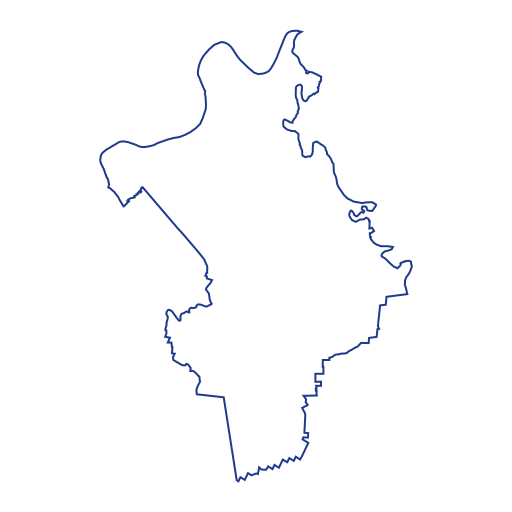 Chacaltianguis, Veracruz, Mexico
{"feature_id": "50627088B48878953618841", "entity_name": "Chacaltianguis", "entity_type": "district", "adm_level": 2, "iso_a3": "MEX", "parent_name": "Mexico", "parent_adm1": "Veracruz", "projection": "natural_earth1", "projection_center": [-95.805, 18.211], "detail": "fine", "context": "isolated", "style": "outline", "palette": "blue", "viewbox_px": 512, "rotation_deg": 0, "n_neighbors": 0, "source": "geoboundaries", "source_scale": "gbopen_adm2", "svg_char_len": 6015}
<svg xmlns="http://www.w3.org/2000/svg" viewBox="0 0 512 512"><path d="M236.7,480.2L238.4,481.3L240.4,477.2L244.8,479.9L248.0,473.1L251.5,475.3L256.2,473.5L257.9,474.0L259.2,467.4L261.3,469.4L262.3,469.7L266.3,469.7L268.1,466.4L272.5,469.1L274.5,465.0L278.9,467.7L282.8,459.6L287.3,462.2L289.3,458.1L293.8,460.9L295.8,456.7L300.1,459.5L302.4,455.3L308.3,442.9L302.6,439.4L303.3,437.3L307.9,437.6L308.2,433.1L304.4,432.8L305.3,415.4L305.0,413.3L302.2,407.9L307.6,405.1L307.4,404.3L305.7,402.3L306.1,399.3L303.6,395.8L316.8,395.5L316.5,392.8L316.6,390.8L316.0,390.9L315.7,389.3L315.8,388.5L316.6,388.3L316.2,385.8L321.0,385.8L321.0,381.7L315.4,381.8L315.4,373.8L323.4,373.8L323.4,366.8L322.7,366.8L322.8,360.0L329.4,360.0L329.3,357.8L332.4,356.9L333.3,356.0L335.9,354.5L339.1,354.3L341.3,353.6L344.8,353.5L347.2,352.8L348.5,351.4L350.7,350.3L355.4,347.5L357.4,346.7L361.1,342.9L368.6,343.1L369.1,337.9L376.6,336.9L377.5,329.1L379.1,328.9L377.9,326.1L380.1,305.4L385.8,304.7L386.5,296.8L407.3,294.1L405.8,287.6L404.9,285.1L405.0,282.2L404.9,280.9L406.1,277.5L408.0,275.0L409.9,271.9L411.8,266.7L411.7,265.2L411.2,264.3L411.0,261.7L409.0,260.8L407.1,261.0L406.4,260.9L404.6,261.7L404.4,261.4L401.6,262.8L401.1,262.7L400.4,263.4L400.8,264.3L400.3,265.5L397.6,268.2L396.9,268.2L395.9,267.4L394.4,267.0L393.4,266.3L389.7,263.0L386.6,259.8L384.4,258.0L382.3,256.9L381.4,255.7L381.9,254.1L383.7,252.2L385.1,251.3L387.5,250.8L391.6,249.3L392.9,247.0L387.7,246.2L380.8,246.2L376.0,244.3L373.5,242.5L370.8,238.9L370.2,237.4L370.8,237.0L370.0,236.0L369.8,233.2L370.9,233.1L374.0,231.1L372.1,227.8L369.4,228.5L369.7,221.2L369.2,221.3L369.0,220.1L368.4,218.9L366.2,217.7L364.1,219.2L359.6,219.7L356.4,221.6L355.5,221.7L352.1,220.2L349.6,216.5L349.3,215.3L349.2,214.3L349.7,212.5L350.8,210.6L351.9,210.9L353.0,212.2L354.0,213.9L354.2,215.0L356.6,216.4L358.0,215.5L360.7,212.4L361.8,212.2L363.5,212.7L364.3,211.1L363.8,210.6L362.9,210.4L361.8,209.1L361.8,207.9L362.4,206.6L362.9,206.4L366.0,206.7L366.6,207.6L367.0,209.7L368.1,210.6L372.2,211.0L375.5,206.3L376.1,205.2L375.7,204.2L372.0,202.2L365.8,202.4L362.4,203.1L353.7,201.6L349.7,199.5L348.0,198.9L344.0,195.1L338.6,187.2L337.8,185.5L337.1,183.8L336.7,180.5L336.0,177.2L333.9,172.4L333.5,163.9L332.8,163.2L330.6,158.3L328.9,155.9L326.9,154.0L327.0,152.5L325.7,149.5L325.2,147.6L324.6,146.9L323.0,145.5L321.5,144.7L316.9,141.5L313.6,142.6L313.2,143.1L312.9,146.0L312.7,150.5L312.9,151.4L312.0,154.5L310.2,156.6L308.5,156.3L305.4,157.2L304.3,156.5L303.0,156.1L302.6,155.7L302.3,154.4L302.1,150.2L300.9,148.0L300.4,145.5L299.7,144.8L299.8,143.1L298.4,139.4L298.4,133.9L296.8,132.5L295.7,131.9L295.3,131.2L290.6,130.8L289.8,130.3L287.8,129.8L286.4,129.0L283.8,126.9L283.3,125.5L283.2,124.1L283.2,121.6L283.7,120.2L284.7,119.4L288.4,121.2L289.9,122.3L292.5,122.7L292.5,121.5L294.2,118.8L295.5,117.6L296.7,114.5L297.9,113.1L297.7,111.5L298.9,108.8L298.2,104.6L297.7,103.3L297.2,100.0L296.0,97.6L295.7,95.4L295.9,87.8L296.3,86.7L297.3,85.6L298.4,85.0L300.2,84.6L300.7,84.8L301.7,85.8L302.0,87.2L301.8,91.1L301.4,92.7L302.1,97.3L302.5,98.8L303.3,100.1L304.4,101.0L305.1,101.2L306.4,100.8L308.8,97.3L308.8,96.9L309.4,96.3L311.3,95.6L313.7,93.6L314.5,94.2L316.4,92.4L317.0,92.2L317.5,92.3L318.0,91.7L318.4,88.7L318.3,88.0L317.8,87.7L318.4,87.0L318.4,86.6L319.1,85.6L319.0,84.5L319.3,83.6L320.2,82.3L319.8,81.7L320.6,81.4L321.1,80.0L321.0,77.4L321.2,76.7L315.8,74.0L312.3,72.4L308.8,71.8L308.1,73.2L306.5,73.3L306.0,72.4L306.3,71.9L306.3,71.2L306.7,70.7L305.5,70.1L303.7,67.1L300.8,64.2L299.7,62.1L298.9,59.2L297.6,56.9L292.8,52.8L292.2,51.3L292.8,49.4L293.8,47.4L294.1,45.3L293.9,42.6L294.3,40.0L297.1,34.7L299.3,33.0L301.4,31.8L297.1,30.7L291.7,31.0L288.7,32.2L286.8,33.8L285.0,36.8L279.5,50.5L276.6,58.1L273.1,64.9L270.9,68.5L269.0,70.9L266.5,72.4L263.5,73.5L258.4,74.1L254.0,72.6L247.5,67.0L240.1,59.8L236.7,55.4L233.1,49.7L230.6,46.4L228.1,44.2L224.8,42.6L221.4,42.0L214.3,44.8L209.2,49.3L204.6,54.5L202.7,57.1L200.7,60.9L199.3,64.7L198.4,68.4L197.9,71.7L198.0,74.9L199.7,78.4L201.1,82.2L204.4,89.9L205.2,90.9L204.9,93.9L205.5,96.5L206.0,104.0L205.8,109.0L202.7,118.2L200.1,124.0L195.8,128.2L189.9,132.4L184.9,134.9L179.6,137.0L173.1,138.1L167.5,139.6L158.1,142.9L153.6,145.2L149.2,146.3L145.0,147.0L141.8,147.0L139.2,146.4L136.1,144.9L128.3,142.2L124.7,141.5L122.2,141.4L119.1,142.1L106.3,149.7L103.8,151.7L101.8,153.6L100.7,156.4L100.2,160.3L100.7,162.9L103.9,169.3L105.1,173.1L106.1,175.5L106.6,177.4L107.7,178.6L108.5,181.5L109.1,184.6L108.3,187.4L110.1,188.3L114.3,192.0L118.2,197.0L119.3,199.4L123.6,206.4L124.5,205.8L128.1,202.1L127.5,201.3L129.0,201.1L128.2,199.6L130.4,198.3L134.6,197.4L134.1,196.2L136.6,195.0L136.4,194.4L138.2,193.8L137.8,192.9L139.2,191.6L140.7,192.5L141.3,191.5L140.2,190.3L141.7,188.5L141.4,187.8L142.3,187.2L142.8,187.4L177.7,228.3L182.7,233.7L198.8,252.6L204.0,259.1L207.1,266.0L207.3,267.4L207.1,272.9L206.5,272.9L205.3,275.7L206.9,276.4L206.8,278.4L212.0,280.1L210.8,282.5L207.1,287.0L206.0,288.7L206.0,289.1L206.4,290.2L208.8,293.3L209.7,299.3L210.7,302.3L211.7,303.8L210.8,304.5L206.8,306.5L205.3,306.4L201.0,304.7L198.5,304.4L197.7,304.5L197.1,305.0L196.4,306.0L196.2,307.2L193.1,308.2L191.4,307.7L190.2,308.3L189.4,308.9L189.3,309.5L189.1,310.5L189.4,312.3L188.9,312.6L187.2,311.5L186.1,311.5L184.5,312.8L181.7,313.8L181.0,314.8L180.3,317.0L180.6,319.3L180.3,320.6L178.9,320.6L176.4,317.5L172.3,311.6L169.8,310.0L168.6,309.9L167.5,310.5L166.7,311.9L166.4,313.1L166.4,314.2L167.8,316.6L167.6,319.0L166.5,322.8L166.6,324.1L166.4,325.5L165.6,328.3L165.3,330.1L166.4,330.6L166.4,333.6L165.2,336.8L170.0,337.7L167.8,342.5L171.4,342.6L172.0,347.2L172.5,347.3L171.9,353.3L174.7,353.7L172.9,357.3L173.4,360.0L181.3,364.7L183.0,365.3L185.4,365.3L185.9,364.3L186.6,363.9L187.8,364.3L190.0,366.9L190.7,368.1L190.3,371.0L192.8,370.9L194.3,371.7L196.9,374.1L198.3,375.9L199.3,376.4L199.5,377.3L199.7,380.3L200.1,381.1L200.0,381.7L197.6,386.3L196.5,389.6L196.4,390.4L196.8,394.3L223.7,397.3L236.7,480.2Z" fill="none" stroke="#1e3a8a" stroke-width="2"/></svg>